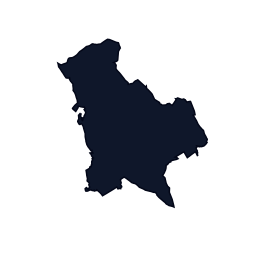 Snēpeles pag., Kuldigas, Latvia, rotated 241°
{"feature_id": "27541924B13518565761243", "entity_name": "Snēpeles pag.", "entity_type": "district", "adm_level": 2, "iso_a3": "LVA", "parent_name": "Latvia", "parent_adm1": "Kuldigas", "projection": "natural_earth1", "projection_center": [21.939, 56.845], "detail": "fine", "context": "isolated", "style": "filled", "palette": "ink", "viewbox_px": 256, "rotation_deg": 241, "n_neighbors": 0, "source": "geoboundaries", "source_scale": "gbopen_adm2", "svg_char_len": 5496}
<svg xmlns="http://www.w3.org/2000/svg" viewBox="0 0 256 256"><g transform="rotate(241 128 128)"><path d="M121.1,195.4L122.1,192.4L122.1,192.0L125.0,191.7L125.2,191.3L126.0,191.1L126.5,190.5L126.5,189.9L127.0,188.8L130.1,186.1L130.3,185.7L130.0,184.5L130.5,183.8L129.4,183.8L128.7,182.4L127.4,179.9L127.0,179.0L126.3,177.5L129.4,176.1L130.1,174.2L129.8,172.3L131.4,168.9L132.5,168.6L133.0,167.9L134.8,167.5L135.1,167.9L139.9,165.2L140.3,165.1L140.7,165.1L145.9,165.5L148.0,165.1L152.5,163.9L152.9,163.7L153.2,163.4L153.7,163.5L155.7,164.3L155.3,163.4L156.8,162.8L165.4,159.9L165.4,158.5L165.6,157.2L165.4,156.4L165.3,155.7L164.8,154.6L164.7,153.2L165.1,152.7L165.2,152.4L165.4,151.7L166.1,149.3L166.3,149.4L166.7,149.5L166.9,149.8L167.5,150.0L169.4,149.4L170.9,148.7L173.4,148.4L175.9,148.0L178.5,147.6L180.5,147.2L183.9,146.3L185.9,146.2L187.1,147.0L188.7,148.1L189.9,148.0L191.6,147.8L192.2,147.3L191.9,150.6L192.2,151.7L193.1,152.4L196.6,154.7L199.6,156.7L201.7,159.9L201.7,160.0L203.0,160.3L204.4,160.3L206.3,160.8L207.2,160.9L208.8,159.1L214.3,154.7L215.5,153.1L215.4,150.7L215.0,146.7L214.7,144.9L215.7,142.5L216.1,141.0L216.7,140.5L216.9,140.2L217.5,139.1L217.9,138.8L218.7,137.9L218.9,136.9L218.6,134.8L218.7,133.8L219.0,132.5L219.4,131.1L219.2,130.1L218.8,128.0L218.4,125.0L218.2,122.8L216.8,119.0L216.5,117.0L216.4,115.1L216.4,114.1L216.7,112.9L217.6,110.8L217.6,109.8L217.1,108.9L215.4,107.2L215.0,106.9L214.7,106.2L214.8,104.8L215.3,102.4L215.4,100.7L215.7,100.0L216.9,99.1L218.6,98.1L217.7,97.9L215.1,97.0L213.2,97.3L210.4,97.5L209.1,97.5L208.6,97.7L204.2,97.9L201.8,98.2L200.8,99.6L200.5,100.1L200.4,100.4L200.4,101.1L200.4,101.3L200.2,101.3L199.4,100.9L199.1,100.8L198.7,100.4L198.5,100.5L196.7,100.5L195.6,100.8L195.3,100.8L193.2,101.2L191.6,100.3L190.5,99.9L188.7,99.1L187.4,98.2L185.3,98.5L184.5,98.5L183.4,98.4L182.0,98.2L180.1,97.7L179.1,97.5L178.2,97.4L177.0,97.1L175.7,96.8L174.8,96.4L175.0,96.3L174.3,96.0L174.3,95.8L173.6,92.6L172.1,89.0L171.2,89.0L169.3,89.7L167.8,90.3L169.4,93.1L169.8,93.8L169.9,94.1L171.3,95.1L169.4,97.1L168.5,98.2L167.4,99.7L167.2,99.8L167.3,99.9L166.9,100.0L165.7,99.8L165.5,98.6L164.3,98.6L162.4,98.8L160.8,97.2L160.1,95.9L159.7,95.4L158.4,94.3L158.9,93.1L157.9,92.7L157.0,92.6L156.7,91.7L158.9,91.6L159.4,92.4L161.1,92.1L163.0,93.7L163.7,92.9L163.8,92.9L163.1,91.0L163.1,90.9L160.0,89.5L158.4,87.4L158.1,87.2L157.8,87.1L156.1,87.1L155.1,87.1L154.4,87.6L154.4,89.3L153.5,89.6L150.7,89.6L149.7,89.2L143.9,87.9L141.0,86.3L137.3,85.1L136.8,84.8L133.4,84.0L130.7,84.0L129.6,84.2L126.0,84.7L125.9,85.5L124.6,84.9L123.3,85.2L123.1,85.1L123.8,84.2L124.2,83.6L124.3,83.3L124.6,82.6L124.2,82.6L123.6,82.7L123.4,82.8L122.7,83.0L122.4,83.1L121.6,82.7L121.3,82.6L120.1,82.9L119.4,82.9L118.9,82.9L118.7,83.0L118.8,82.0L118.7,81.8L118.4,81.7L118.0,81.8L117.9,81.8L117.6,81.6L116.9,81.3L116.7,81.2L116.5,80.7L116.6,80.3L115.5,79.6L114.8,79.2L113.7,78.8L113.8,78.8L113.6,78.7L113.5,78.4L113.5,78.2L113.4,78.2L113.2,78.0L113.1,77.9L112.9,77.8L112.8,77.5L112.8,77.4L112.7,77.3L112.6,77.2L112.3,76.8L112.1,76.7L112.3,76.4L112.5,76.2L112.4,75.7L111.4,74.9L111.3,73.3L111.3,70.8L108.5,69.8L106.6,69.0L103.1,67.9L102.4,67.2L101.5,66.6L99.4,67.3L98.5,67.5L97.3,66.2L94.8,65.8L94.0,63.4L96.0,62.8L95.9,61.8L95.7,61.1L94.3,60.6L93.3,60.5L92.6,61.6L92.4,62.6L92.3,63.2L92.4,63.8L92.0,65.2L91.5,65.9L90.9,66.2L90.8,66.3L90.3,66.9L90.1,67.5L90.0,68.2L89.2,68.0L88.8,69.6L88.6,70.1L89.0,70.7L85.1,72.2L84.1,72.4L83.5,72.6L81.1,72.9L81.2,76.4L81.2,77.1L81.4,81.6L81.4,82.4L81.6,86.6L81.7,87.7L81.8,89.6L79.6,89.7L79.5,90.3L79.1,91.5L78.8,92.0L78.5,92.2L79.5,93.3L79.5,93.9L80.1,94.2L82.2,94.0L83.3,95.4L85.0,95.8L86.5,96.4L86.8,97.9L87.0,100.8L85.7,101.6L85.0,102.0L84.3,102.3L83.3,102.8L82.9,102.9L82.6,103.1L81.9,103.4L80.8,103.9L79.0,104.6L78.5,104.8L77.0,106.1L75.7,107.5L73.1,108.6L71.4,109.0L70.6,109.3L67.9,111.4L66.8,112.2L65.3,113.0L62.8,115.7L61.2,117.5L60.2,118.4L59.5,119.0L59.3,119.3L58.9,119.9L58.8,120.4L58.3,120.5L57.7,120.9L57.7,121.0L54.9,121.0L54.9,120.9L52.2,121.5L48.2,123.0L46.1,123.8L44.7,124.4L43.5,124.5L42.6,124.9L41.1,125.9L40.4,126.2L39.3,127.4L37.9,128.9L36.6,129.9L37.8,130.3L40.8,131.1L44.2,132.0L49.7,132.7L51.3,132.9L51.8,133.0L55.2,135.1L55.3,135.1L55.5,135.2L57.9,134.4L61.3,134.6L66.4,136.1L66.5,136.1L69.8,135.2L70.1,136.0L71.2,137.9L71.2,138.0L71.8,138.7L72.4,139.5L72.9,140.2L74.2,141.5L75.6,142.5L76.9,143.2L76.9,144.3L77.0,144.9L77.2,145.6L77.4,145.7L77.7,146.6L78.0,147.8L77.6,148.9L77.9,149.3L78.5,149.7L77.9,152.2L77.0,155.3L76.9,156.9L78.5,156.4L79.7,155.1L80.1,165.4L73.3,165.5L73.6,167.9L74.1,171.0L74.6,175.2L73.7,175.5L70.5,175.3L70.3,175.3L70.3,175.5L70.4,175.8L70.8,175.8L71.8,176.1L72.0,176.2L72.2,176.6L72.3,176.7L72.6,176.9L72.9,176.8L73.2,177.0L73.4,177.0L73.5,177.1L74.0,177.1L74.3,177.4L74.4,177.5L74.7,177.4L74.8,177.5L76.3,177.5L76.8,177.6L77.3,177.8L77.6,177.9L77.7,178.1L77.7,178.3L77.8,178.9L78.2,179.5L79.0,179.5L78.7,179.9L78.4,180.2L78.0,180.6L77.8,180.8L77.6,180.9L77.2,181.0L77.4,181.3L77.2,181.5L77.1,181.9L76.6,182.3L76.6,182.5L76.4,182.8L75.9,183.5L75.9,184.5L76.0,184.6L75.8,184.8L75.7,184.8L75.5,185.7L75.8,186.8L75.9,187.6L76.2,188.3L76.3,188.7L76.7,189.4L76.9,189.9L77.0,190.1L77.8,189.8L79.5,191.7L79.8,191.9L81.3,191.8L83.0,192.0L84.0,191.9L86.1,192.0L86.6,192.1L88.0,192.5L89.4,192.8L90.8,192.2L91.5,192.1L94.4,191.4L97.4,191.1L101.1,191.4L105.0,191.3L107.6,191.2L107.1,193.1L110.0,194.0L110.7,194.2L120.6,195.5L120.9,195.5L121.1,195.4Z" fill="#0f172a" stroke="#020617" stroke-width="1.5"/></g></svg>